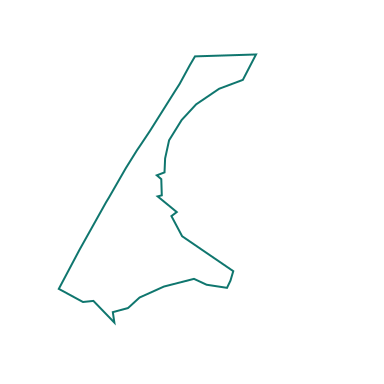 the district of Pickett, Tennessee, United States of America, rotated 297°
{"feature_id": "52423323B56559053703278", "entity_name": "Pickett", "entity_type": "district", "adm_level": 2, "iso_a3": "USA", "parent_name": "United States of America", "parent_adm1": "Tennessee", "projection": "natural_earth1", "projection_center": [-85.035, 36.517], "detail": "fine", "context": "isolated", "style": "outline", "palette": "teal", "viewbox_px": 384, "rotation_deg": 297, "n_neighbors": 0, "source": "geoboundaries", "source_scale": "gbopen_adm2", "svg_char_len": 637}
<svg xmlns="http://www.w3.org/2000/svg" viewBox="0 0 384 384"><g transform="rotate(297 192 192)"><path d="M210.3,124.8L204.0,124.0L183.1,122.2L149.2,120.5L143.9,120.1L89.5,118.0L45.2,117.3L44.5,144.8L50.2,153.6L40.4,182.1L49.0,176.0L59.6,187.7L74.2,193.2L95.0,209.9L115.5,233.2L116.0,247.1L122.5,266.7L130.5,266.5L140.2,264.7L148.1,203.3L161.2,184.6L167.2,187.5L172.5,163.4L175.3,166.6L189.5,158.8L190.9,153.1L197.0,158.6L209.7,152.8L227.7,148.1L251.5,150.1L272.0,155.9L296.3,169.3L315.0,186.4L343.6,186.6L314.2,133.1L304.1,132.5L282.6,131.9L273.4,131.0L227.3,126.8L210.3,124.8Z" fill="none" stroke="#0f766e" stroke-width="2"/></g></svg>